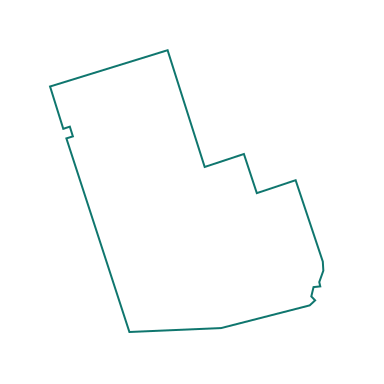 the district of Glades, Florida, United States of America, rotated 72°
{"feature_id": "52423323B13826815912541", "entity_name": "Glades", "entity_type": "district", "adm_level": 2, "iso_a3": "USA", "parent_name": "United States of America", "parent_adm1": "Florida", "projection": "albers", "projection_center": [-81.165, 26.99], "detail": "fine", "context": "isolated", "style": "outline", "palette": "teal", "viewbox_px": 384, "rotation_deg": 72, "n_neighbors": 0, "source": "geoboundaries", "source_scale": "gbopen_adm2", "svg_char_len": 407}
<svg xmlns="http://www.w3.org/2000/svg" viewBox="0 0 384 384"><g transform="rotate(72 192 192)"><path d="M47.8,294.4L92.1,294.9L92.1,288.0L102.3,288.1L102.2,294.9L305.8,294.8L330.4,206.4L336.2,115.1L333.1,108.4L328.2,110.8L320.0,105.8L321.4,99.2L317.0,98.8L307.4,91.4L298.6,89.1L212.8,89.8L213.1,130.7L171.9,130.9L172.1,172.2L49.6,171.4L47.8,294.4Z" fill="none" stroke="#0f766e" stroke-width="2"/></g></svg>